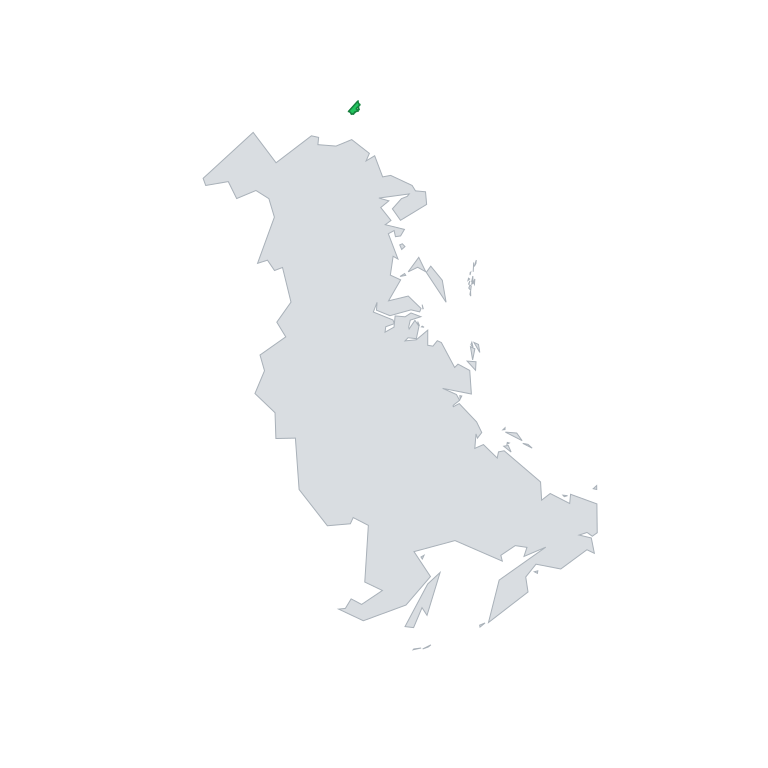 Russia, with Kaliningrad highlighted, rotated 129°
{"feature_id": "RUS-2324", "entity_name": "Kaliningrad", "entity_type": "Region", "adm_level": 1, "iso_a3": "RUS", "parent_name": "Russia", "parent_adm1": "", "projection": "albers", "projection_center": [21.339, 54.816], "detail": "coarse", "context": "in_parent", "style": "filled", "palette": "green", "viewbox_px": 768, "rotation_deg": 129, "n_neighbors": 0, "source": "natural_earth", "source_scale": "10m", "svg_char_len": 4469}
<svg xmlns="http://www.w3.org/2000/svg" viewBox="0 0 768 768"><g transform="rotate(129 384 384)"><path d="M581.0,251.1L587.5,277.6L582.7,272.8L571.7,274.3L569.4,262.7L545.5,255.3L550.0,274.3L503.7,307.2L507.2,323.9L513.8,322.2L529.8,338.8L519.4,383.6L481.8,418.8L494.4,433.7L474.9,450.6L472.6,478.3L448.9,485.2L439.5,498.6L409.2,490.0L403.4,506.2L378.9,507.8L357.3,536.2L364.7,540.5L361.1,552.5L369.8,558.2L323.3,574.2L312.4,590.1L314.2,605.3L332.6,615.2L324.7,632.4L341.9,647.5L338.0,654.0L270.8,644.0L280.0,607.1L236.8,596.6L233.5,590.0L239.6,586.0L229.3,571.0L214.4,562.9L214.0,540.5L221.9,538.3L212.5,534.9L223.9,515.4L217.7,510.1L212.0,487.1L214.1,481.1L208.5,472.7L217.6,463.9L246.4,474.2L242.6,487.7L229.0,487.1L223.6,484.0L220.4,484.0L242.7,505.0L238.6,495.5L248.9,497.6L252.5,481.5L259.4,483.3L251.0,465.4L258.5,464.3L262.3,467.8L258.4,472.7L264.5,475.2L278.1,451.8L279.0,457.3L295.4,447.6L292.6,436.6L316.5,432.8L300.4,420.5L302.0,402.7L305.5,401.7L309.4,409.7L327.2,422.4L331.4,436.3L324.9,440.8L334.8,437.6L328.6,417.3L330.7,414.0L338.4,418.7L343.1,415.8L333.5,412.0L324.1,418.2L318.5,409.9L311.8,407.7L308.5,397.7L317.8,403.8L324.3,400.6L325.4,399.1L315.1,400.0L317.1,393.2L328.4,387.4L332.9,394.4L337.3,394.8L329.3,386.7L314.6,383.9L326.4,374.4L323.8,369.8L316.8,369.8L315.7,365.5L326.7,339.5L322.0,339.0L319.5,325.9L336.8,309.8L350.5,335.7L346.6,321.1L349.1,315.0L356.4,316.7L357.6,316.6L358.0,315.8L351.9,313.2L355.2,288.2L360.2,277.5L367.3,277.3L364.9,281.1L376.9,272.9L368.5,268.6L370.3,249.4L364.7,252.3L360.3,248.6L361.6,200.7L375.1,188.4L364.5,185.9L360.0,164.5L352.3,169.6L343.2,143.1L365.4,124.7L371.2,126.3L371.6,132.8L378.6,137.3L373.2,126.0L383.2,114.0L385.1,122.0L416.5,130.2L428.4,152.5L444.8,152.4L455.0,141.2L503.6,152.7L463.9,171.1L409.0,155.6L429.9,166.7L421.0,170.1L427.0,180.3L443.6,185.4L447.2,180.6L461.0,230.3L495.4,255.2L504.4,226.7L541.9,227.8L581.0,251.1ZM281.4,387.2L270.6,421.4L263.0,421.8L266.7,404.0L281.4,387.2ZM495.2,221.8L536.7,205.0L533.9,213.7L554.7,207.7L559.3,215.0L511.9,224.2L495.2,221.8ZM263.7,436.7L270.5,422.2L272.1,431.3L281.6,435.8L263.7,436.7ZM345.0,259.4L338.6,250.0L341.1,241.0L345.0,259.4ZM299.5,335.5L309.5,330.3L300.6,340.3L299.5,335.5ZM293.8,335.5L299.2,329.4L295.1,340.2L293.8,335.5ZM308.8,326.5L315.7,321.5L313.9,333.8L308.8,326.5ZM342.8,238.8L340.3,234.1L340.6,228.5L342.8,238.8ZM180.5,582.2L193.5,577.6L194.5,583.0L180.5,582.2ZM236.8,388.1L240.7,385.3L233.1,390.8L236.8,388.1ZM353.6,248.8L356.9,242.4L357.0,251.8L353.6,248.8ZM268.3,454.9L266.0,459.3L263.5,458.0L264.0,454.2L268.3,454.9ZM244.2,382.9L247.5,380.1L249.9,380.0L244.2,382.9ZM256.6,375.6L256.1,378.5L253.0,379.5L252.9,377.9L256.6,375.6ZM260.3,373.6L257.2,375.3L261.1,371.9L260.3,373.6ZM285.9,435.5L290.3,439.2L285.2,437.5L285.9,435.5ZM299.4,337.9L298.8,341.2L296.3,342.0L299.4,337.9ZM245.2,379.5L249.7,376.4L248.7,378.6L245.2,379.5ZM332.1,152.3L333.7,155.5L329.1,154.8L332.1,152.3ZM232.5,388.4L235.9,387.8L229.6,390.3L232.5,388.4ZM301.1,401.1L298.3,404.3L300.8,400.9L301.1,401.1ZM344.4,316.0L347.8,315.3L345.3,317.7L344.4,316.0ZM355.3,171.1L358.1,173.0L357.8,175.0L355.3,171.1ZM252.3,381.5L249.7,382.1L253.6,380.6L252.3,381.5ZM249.6,378.2L251.7,378.7L248.6,379.4L249.6,378.2ZM557.2,183.4L560.5,184.1L565.6,187.2L557.2,183.4ZM248.5,383.5L250.7,383.9L248.6,384.9L248.5,383.5ZM316.4,393.0L315.3,396.2L314.6,396.5L316.4,393.0ZM434.6,145.6L435.3,149.0L432.4,146.9L434.6,145.6ZM351.0,249.5L353.5,250.5L351.8,251.4L351.0,249.5ZM491.9,245.1L495.9,244.1L495.2,246.4L491.9,245.1ZM506.1,155.1L512.5,156.4L511.2,157.9L506.1,155.1ZM245.2,385.7L243.4,387.1L242.5,387.0L245.2,385.7ZM314.7,388.6L316.0,390.8L315.0,390.7L314.7,388.6ZM343.3,261.3L344.8,262.8L341.8,262.4L343.3,261.3ZM571.2,194.1L565.8,189.0L572.2,194.1L571.2,194.1Z" fill="#d9dde1" stroke="#a8b0b8" stroke-width="1"/><path d="M188.3,575.9L188.9,576.7L189.3,576.7L189.9,577.2L190.8,577.5L191.1,577.4L191.3,577.9L192.1,577.6L192.9,577.7L193.4,577.5L193.6,577.7L193.8,578.4L194.3,578.6L194.3,578.8L194.7,578.9L194.8,579.4L194.7,579.8L194.3,580.2L194.1,581.4L194.1,582.3L194.5,583.0L194.2,583.1L180.8,582.4L180.5,582.2L181.1,581.7L181.8,580.6L182.1,579.8L181.9,578.9L182.2,578.4L182.4,578.5L183.9,578.5L184.4,578.3L185.1,577.8L185.9,576.8L186.4,576.0L186.6,576.1L186.3,576.4L186.0,577.0L185.3,577.7L184.6,578.4L184.7,578.6L185.6,578.5L186.1,578.8L187.1,578.9L187.7,578.6L187.7,578.4L187.5,576.6L187.8,576.6L187.8,576.2L188.3,575.9Z" fill="#22c55e" stroke="#15803d" stroke-width="1.5"/></g></svg>